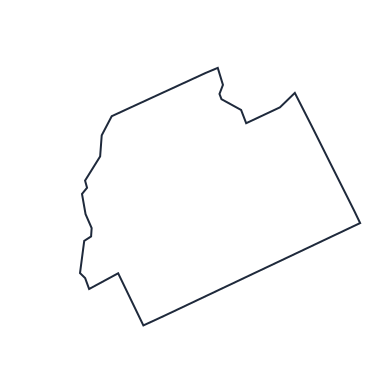 outline of Weakley, Tennessee, United States of America, rotated 63°
{"feature_id": "52423323B99805929976659", "entity_name": "Weakley", "entity_type": "district", "adm_level": 2, "iso_a3": "USA", "parent_name": "United States of America", "parent_adm1": "Tennessee", "projection": "equal_earth", "projection_center": [-88.766, 36.283], "detail": "fine", "context": "isolated", "style": "outline", "palette": "slate", "viewbox_px": 384, "rotation_deg": 63, "n_neighbors": 0, "source": "geoboundaries", "source_scale": "gbopen_adm2", "svg_char_len": 559}
<svg xmlns="http://www.w3.org/2000/svg" viewBox="0 0 384 384"><g transform="rotate(63 192 192)"><path d="M155.2,55.4L150.4,55.4L156.5,75.2L155.3,112.5L141.2,111.0L122.7,123.6L117.1,123.0L110.6,115.8L93.1,112.7L92.1,126.0L88.0,229.1L100.5,246.7L118.6,257.7L133.3,282.1L140.6,283.6L143.8,290.9L163.4,296.9L178.6,297.8L185.8,302.1L186.6,310.2L213.4,328.6L220.2,326.3L231.7,327.7L230.9,294.7L288.8,295.9L289.7,273.1L296.0,56.3L282.5,56.0L267.5,55.9L228.1,55.7L202.8,55.5L187.7,55.4L163.2,55.4L155.2,55.4Z" fill="none" stroke="#1e293b" stroke-width="2"/></g></svg>